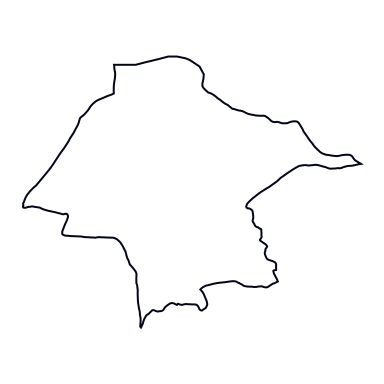 Elabered, Anseba, Eritrea
{"feature_id": "51966322B85305974839952", "entity_name": "Elabered", "entity_type": "district", "adm_level": 2, "iso_a3": "ERI", "parent_name": "Eritrea", "parent_adm1": "Anseba", "projection": "natural_earth1", "projection_center": [38.593, 15.68], "detail": "fine", "context": "isolated", "style": "outline", "palette": "ink", "viewbox_px": 384, "rotation_deg": 0, "n_neighbors": 0, "source": "geoboundaries", "source_scale": "gbopen_adm2", "svg_char_len": 5989}
<svg xmlns="http://www.w3.org/2000/svg" viewBox="0 0 384 384"><path d="M361.0,163.9L360.1,163.3L359.2,162.8L355.2,160.4L354.0,159.1L352.1,156.3L351.6,155.8L350.2,155.1L348.7,154.8L348.2,154.7L345.2,154.8L343.2,155.0L341.3,155.3L338.7,155.9L337.3,156.1L335.2,156.0L333.7,155.8L332.3,155.7L328.4,155.0L326.5,154.8L325.2,154.5L322.8,153.6L321.7,153.1L320.6,152.3L320.0,151.9L318.9,150.8L317.5,149.6L316.4,148.4L315.4,147.5L313.6,145.3L312.3,143.4L310.4,141.2L308.8,139.0L307.3,136.7L303.6,131.5L302.3,128.6L299.4,124.0L298.5,122.7L297.7,122.0L296.9,121.6L296.1,121.4L295.0,121.3L292.8,121.4L291.3,121.7L290.1,122.0L288.5,122.7L287.2,123.2L284.1,123.3L282.9,123.3L282.0,123.2L280.2,122.7L279.0,122.2L277.5,121.9L276.5,121.9L275.5,122.1L274.6,122.1L273.2,121.9L272.6,121.7L271.3,121.0L270.5,120.2L268.0,117.9L267.0,117.3L265.4,116.2L264.4,115.8L263.5,115.7L261.5,115.8L257.4,115.6L255.7,115.5L253.3,114.9L251.5,114.7L248.3,113.9L246.8,113.3L242.8,111.3L240.2,110.6L239.4,110.6L238.2,110.3L236.8,109.9L233.6,108.9L232.4,108.8L231.4,108.0L230.7,107.4L229.3,106.3L228.2,105.3L225.0,103.6L222.6,101.9L220.1,99.8L218.6,98.9L217.5,98.1L215.6,96.4L213.6,94.9L212.0,94.0L210.8,93.4L210.2,93.1L208.2,92.5L205.4,90.0L203.7,88.2L203.2,87.5L202.8,86.9L202.5,86.2L202.4,85.5L202.4,84.7L202.4,83.6L202.6,82.6L203.0,80.7L203.4,79.1L203.8,74.3L199.5,66.5L190.1,60.2L185.6,58.3L176.8,56.5L168.4,56.5L159.0,59.0L145.7,62.2L135.7,64.8L114.0,64.8L114.3,66.6L114.3,68.1L114.6,70.2L115.1,72.5L115.2,73.9L115.0,76.9L114.7,79.6L114.1,83.1L113.8,86.3L113.7,91.0L113.8,93.5L112.0,94.4L107.5,96.0L102.9,98.0L99.0,99.6L96.8,100.7L95.4,101.6L94.3,102.6L93.0,103.7L90.9,105.9L88.9,108.9L87.5,110.9L84.4,114.4L82.5,116.0L81.0,117.1L80.4,117.7L79.9,118.4L79.7,119.2L79.2,120.8L78.5,123.3L78.1,124.3L77.6,125.4L75.3,129.6L73.6,132.9L70.0,138.4L68.7,141.0L66.7,144.2L63.8,148.6L62.0,151.0L60.9,152.4L59.4,154.6L58.3,156.3L52.7,164.9L50.8,167.5L48.8,170.2L36.2,185.4L33.8,187.4L31.8,189.4L30.1,191.2L28.5,193.1L27.2,194.8L26.3,196.3L25.4,198.0L25.0,198.9L23.8,202.1L23.3,203.1L23.1,203.7L23.2,204.6L23.4,205.1L23.0,206.2L23.1,207.3L23.4,207.6L25.0,207.8L25.8,207.7L26.9,207.3L28.3,206.9L29.2,206.9L32.0,206.4L35.7,207.0L39.7,207.6L42.0,208.8L42.9,209.1L44.7,209.8L48.0,210.7L52.2,211.6L53.8,211.9L57.4,212.8L60.9,213.7L62.0,214.1L63.0,214.3L65.4,213.8L66.5,213.8L67.3,214.3L67.7,215.2L68.0,216.1L67.9,217.2L66.9,220.3L65.6,223.1L64.5,225.6L63.1,229.3L62.3,231.2L62.2,232.8L62.3,234.1L63.0,234.7L64.2,235.3L65.6,235.7L67.0,235.7L71.4,236.1L81.1,236.5L83.3,236.9L86.3,237.2L88.3,237.2L90.0,237.4L92.9,237.5L95.3,237.7L97.3,237.3L99.1,237.1L101.0,237.3L103.4,237.3L104.7,237.4L105.3,237.4L106.5,237.5L109.8,237.6L113.2,237.7L114.5,238.1L115.7,238.6L117.0,239.3L119.2,241.3L119.9,241.9L120.4,242.5L122.1,245.1L123.2,247.0L123.7,248.2L125.4,251.2L126.2,254.2L126.6,256.0L127.5,258.6L128.6,260.7L129.8,264.5L130.9,265.6L132.8,267.8L134.6,270.1L135.7,271.6L136.5,273.8L136.3,279.6L136.4,283.2L137.2,285.4L137.4,287.8L137.7,289.8L137.7,295.3L138.0,302.3L139.0,308.5L139.7,311.5L140.0,315.0L140.6,318.3L140.6,321.7L140.2,326.5L141.0,327.5L142.7,323.9L143.6,320.8L144.4,318.7L145.9,316.1L146.5,315.2L148.9,313.6L152.1,310.4L152.4,310.2L152.8,310.1L153.3,310.1L154.7,310.5L156.6,311.3L157.7,311.5L158.3,311.5L159.3,311.2L160.7,311.1L161.1,311.1L162.2,310.7L162.9,310.3L163.3,309.9L164.0,308.9L164.6,307.9L165.2,307.1L166.1,306.3L166.8,305.7L169.9,303.6L170.4,303.4L171.5,303.1L172.0,303.0L173.7,303.4L174.2,303.5L174.9,303.9L176.6,304.8L177.0,304.9L177.2,304.7L177.6,304.1L177.9,303.8L178.4,303.8L180.1,304.6L180.8,304.7L181.8,304.9L183.8,304.4L185.2,304.1L185.8,304.0L187.7,304.2L192.5,304.4L194.2,304.4L196.0,304.6L196.4,304.7L196.9,305.0L197.6,305.7L198.1,306.4L199.3,308.8L199.7,309.5L200.0,309.8L200.5,310.2L201.1,310.4L201.9,310.5L202.2,310.5L203.2,309.5L205.1,308.4L205.6,308.0L205.9,307.6L206.3,306.9L207.0,305.3L207.2,304.8L207.2,304.0L207.0,302.6L206.5,300.6L206.1,299.7L203.7,294.0L202.8,292.5L201.5,290.8L200.3,289.5L200.9,288.8L201.5,288.3L202.9,287.2L206.0,285.6L208.1,285.2L212.9,283.9L216.3,283.2L220.0,282.7L224.9,282.2L230.4,281.4L232.5,281.2L234.3,281.2L235.4,281.4L236.5,281.7L238.3,282.8L238.9,283.0L239.2,283.0L239.6,283.4L242.2,284.7L243.9,285.9L246.2,286.4L248.3,286.6L252.0,286.7L254.1,287.0L256.5,286.9L258.7,286.5L261.8,286.3L264.0,287.1L265.7,287.4L267.5,287.2L272.8,283.7L274.6,283.2L277.3,281.7L277.8,281.5L276.7,278.7L275.1,275.7L274.2,274.1L273.8,273.0L273.4,271.6L273.4,270.7L273.8,270.4L275.1,270.2L275.6,270.0L276.0,270.0L276.2,268.9L276.0,267.1L276.2,264.7L276.0,263.9L275.4,262.8L275.1,262.4L273.5,261.6L272.5,261.0L271.4,260.8L270.1,260.3L268.8,259.9L267.8,259.4L267.4,259.2L267.0,258.8L266.6,258.2L266.3,257.6L265.6,256.1L265.1,254.7L264.8,253.2L264.8,252.3L264.9,251.9L265.3,251.1L265.4,250.6L265.4,249.5L265.6,248.9L267.0,246.9L267.2,246.4L266.4,245.2L265.7,244.4L265.0,243.9L261.3,241.4L260.4,240.7L260.1,240.3L260.0,239.9L260.1,239.5L260.4,239.1L261.5,237.5L261.6,236.9L261.4,234.7L261.5,232.8L261.5,232.4L261.3,231.7L261.3,229.9L261.2,229.3L260.8,229.0L259.4,228.5L258.1,227.3L257.8,227.2L256.8,227.1L256.3,226.8L255.6,226.2L255.0,225.6L254.7,225.0L254.3,224.0L252.9,221.8L252.7,221.4L252.6,221.0L252.6,220.6L253.2,218.2L253.3,217.2L253.1,215.2L252.8,212.8L252.6,211.7L252.4,210.9L252.1,210.3L251.7,209.9L251.2,209.5L249.1,208.4L247.5,208.3L247.1,208.0L246.7,207.7L246.4,207.2L246.2,206.8L246.5,205.4L247.0,204.1L248.0,202.8L250.3,200.5L252.2,198.7L259.5,193.0L261.8,191.4L269.2,186.9L277.0,181.3L279.0,179.5L280.5,178.0L288.3,172.5L289.8,171.6L292.1,170.0L294.5,168.5L296.8,167.2L299.3,165.9L304.2,165.1L305.8,165.1L308.1,165.5L309.6,165.4L312.3,165.2L313.5,165.0L315.4,164.8L316.8,164.9L318.5,165.2L322.5,166.4L323.9,166.7L325.5,167.1L328.3,168.2L329.7,168.6L331.6,168.7L332.6,168.5L334.9,168.5L337.9,168.1L339.5,168.3L341.7,167.9L342.6,167.4L343.7,167.1L345.0,166.6L346.2,166.4L347.6,166.0L352.2,165.7L356.3,164.8L359.2,164.1L361.0,163.9Z" fill="none" stroke="#020617" stroke-width="2"/></svg>